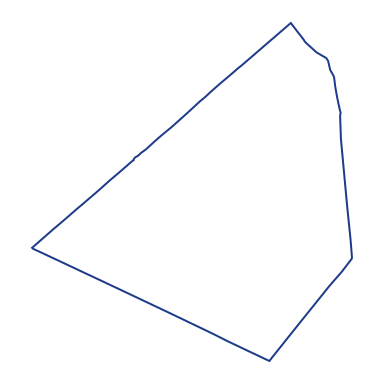 Sanislau, Satu Mare, Romania (orthographic projection)
{"feature_id": "2599482B60287900413907", "entity_name": "Sanislau", "entity_type": "district", "adm_level": 2, "iso_a3": "ROU", "parent_name": "Romania", "parent_adm1": "Satu Mare", "projection": "orthographic", "projection_center": [22.392, 47.656], "detail": "fine", "context": "isolated", "style": "outline", "palette": "blue", "viewbox_px": 384, "rotation_deg": 0, "n_neighbors": 0, "source": "geoboundaries", "source_scale": "gbopen_adm2", "svg_char_len": 936}
<svg xmlns="http://www.w3.org/2000/svg" viewBox="0 0 384 384"><path d="M269.4,361.0L271.6,358.1L299.3,323.4L329.7,285.6L341.5,272.1L351.8,258.7L351.9,256.5L350.5,239.0L347.3,207.7L344.8,180.9L340.9,138.6L340.7,132.5L340.5,126.5L340.1,116.0L340.6,112.4L340.0,110.6L338.6,104.3L337.0,96.6L335.2,86.4L334.1,77.3L333.5,75.8L330.2,69.9L328.1,60.9L326.3,58.1L316.5,52.4L305.1,42.0L303.9,40.0L303.5,39.5L300.1,35.0L298.3,32.8L293.1,26.0L291.8,24.3L290.8,23.0L242.0,65.1L237.9,68.4L229.0,76.1L220.4,83.3L210.2,92.3L205.9,96.4L204.2,97.8L200.1,101.2L189.7,110.8L183.3,116.6L171.9,126.8L161.6,135.3L154.3,141.7L145.9,149.4L141.2,152.8L138.1,155.7L135.0,157.5L133.7,159.3L133.5,160.4L132.8,160.6L129.7,163.3L118.2,173.3L110.0,180.2L98.5,190.5L83.8,203.1L75.8,209.9L63.0,221.0L53.3,229.2L32.1,247.8L33.3,248.9L56.9,259.9L118.6,288.9L172.7,314.5L213.5,334.1L228.0,341.4L248.4,351.1L269.4,361.0Z" fill="none" stroke="#1e3a8a" stroke-width="2"/></svg>